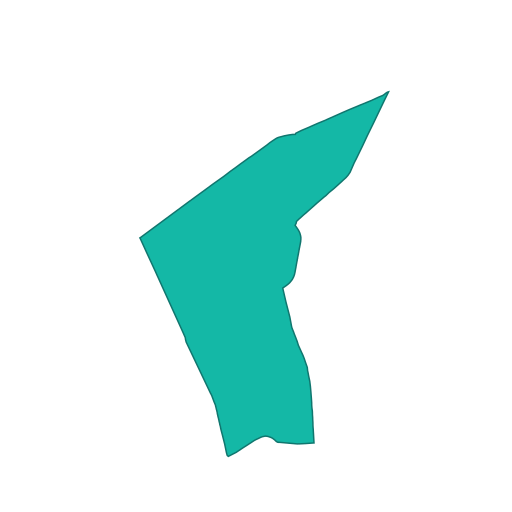 outline of Misr al-Gadida, Al Qahirah, Egypt, rotated 289°
{"feature_id": "37247803B70915432571750", "entity_name": "Misr al-Gadida", "entity_type": "district", "adm_level": 2, "iso_a3": "EGY", "parent_name": "Egypt", "parent_adm1": "Al Qahirah", "projection": "mercator", "projection_center": [31.323, 30.091], "detail": "fine", "context": "isolated", "style": "filled", "palette": "teal", "viewbox_px": 512, "rotation_deg": 289, "n_neighbors": 0, "source": "geoboundaries", "source_scale": "gbopen_adm2", "svg_char_len": 5570}
<svg xmlns="http://www.w3.org/2000/svg" viewBox="0 0 512 512"><g transform="rotate(289 256 256)"><path d="M234.6,141.1L226.6,148.7L225.1,150.1L210.2,164.4L208.0,166.5L205.2,169.1L204.9,169.4L204.7,169.6L159.4,212.4L155.7,215.8L154.5,216.3L153.9,216.7L153.4,217.0L151.9,218.0L111.5,257.6L111.2,257.9L111.0,258.2L109.5,259.7L104.5,263.8L101.8,266.2L101.4,266.4L101.1,266.6L100.8,266.8L100.7,266.8L100.4,267.0L99.9,267.4L99.6,267.6L99.2,267.8L98.8,268.1L98.2,268.4L97.7,268.8L97.1,269.2L96.6,269.5L96.0,269.9L95.5,270.2L95.3,270.3L94.9,270.5L94.3,270.8L93.8,271.1L93.3,271.5L92.7,271.8L92.2,272.1L91.9,272.3L91.5,272.5L91.4,272.6L91.2,272.8L90.8,273.0L90.4,273.3L89.9,273.6L89.5,273.8L89.1,274.1L88.6,274.4L88.3,274.6L88.1,274.7L88.0,274.8L87.7,274.9L87.4,275.1L87.2,275.2L86.7,275.6L86.2,275.9L85.7,276.2L85.1,276.5L84.8,276.7L84.5,276.9L84.2,277.1L83.8,277.4L83.5,277.6L83.2,277.8L82.7,278.1L82.3,278.3L82.1,278.4L81.6,278.7L81.2,278.9L81.1,279.1L80.6,279.3L76.1,282.3L68.0,287.6L60.4,292.1L58.2,293.6L58.0,293.9L57.8,294.2L57.8,294.5L57.8,294.9L57.6,295.1L59.0,296.5L60.7,298.1L63.9,301.2L69.6,305.5L77.7,311.9L81.1,314.5L81.6,315.0L82.2,315.5L84.1,317.5L86.0,319.4L86.3,319.7L86.6,320.1L86.9,320.5L87.2,320.8L87.5,321.3L87.7,321.7L88.4,322.8L88.6,323.2L88.7,323.5L88.9,323.8L88.9,324.2L89.0,324.5L89.1,324.9L89.2,325.3L89.2,325.7L89.3,326.2L89.3,326.6L89.3,327.1L89.3,327.5L89.3,328.1L89.3,328.6L89.3,329.0L89.3,329.4L89.2,329.7L89.2,330.1L89.0,331.1L88.8,331.8L88.6,332.3L88.4,333.0L88.3,333.3L88.1,333.8L87.7,334.5L87.5,335.1L87.3,335.4L87.2,335.8L87.1,336.1L87.1,336.5L87.0,336.8L87.0,337.2L87.1,337.5L87.1,337.9L87.3,338.2L91.8,356.3L92.0,356.7L92.1,357.1L92.3,357.5L92.4,357.9L94.8,363.9L97.5,370.2L97.8,370.9L97.9,371.2L98.1,371.7L106.7,368.2L108.6,367.4L110.6,366.6L112.6,365.7L114.6,364.9L117.1,364.0L119.5,363.0L121.9,362.1L124.2,361.1L126.1,360.4L127.9,359.7L129.6,358.8L131.3,358.0L133.2,357.2L135.2,356.5L137.1,355.7L139.0,354.9L139.7,354.6L140.4,354.3L142.2,353.5L145.0,352.3L150.4,349.9L155.1,347.6L159.6,344.9L162.6,343.2L164.4,342.1L165.1,341.8L165.5,341.6L167.3,340.8L171.7,337.3L174.6,335.1L177.3,332.8L180.1,330.1L185.4,325.1L188.7,322.7L190.6,321.1L191.7,320.2L192.4,319.6L192.5,319.5L193.0,319.1L194.7,317.6L196.5,316.2L198.2,314.7L200.0,313.2L200.5,312.9L201.1,312.5L209.4,307.8L217.1,302.7L222.4,299.2L234.4,291.7L234.9,292.1L235.2,292.3L235.4,292.5L235.6,292.6L235.9,292.8L236.3,293.1L236.7,293.4L237.0,293.6L237.3,293.8L237.6,294.1L238.0,294.3L238.3,294.5L238.7,294.8L239.0,295.0L239.3,295.2L239.6,295.4L240.0,295.6L240.3,295.8L240.7,296.0L241.0,296.2L241.4,296.4L241.8,296.6L242.1,296.7L242.4,296.8L242.8,297.0L243.2,297.1L243.6,297.3L244.0,297.4L244.4,297.6L244.8,297.7L245.2,297.8L245.6,297.9L246.0,298.0L246.4,298.1L246.8,298.1L247.1,298.2L247.5,298.2L247.9,298.3L248.2,298.3L248.6,298.4L248.9,298.4L249.3,298.4L249.8,298.4L250.2,298.4L250.6,298.4L250.9,298.4L251.3,298.4L251.8,298.3L252.2,298.3L252.7,298.2L253.2,298.2L253.7,298.1L254.2,298.0L254.6,298.0L254.8,297.9L255.2,297.9L255.5,297.8L255.9,297.8L256.3,297.7L256.7,297.6L256.9,297.6L257.2,297.6L257.6,297.5L257.9,297.5L258.1,297.4L258.5,297.4L259.0,297.3L259.4,297.2L259.9,297.1L260.0,297.1L260.4,297.1L260.8,297.0L261.2,296.9L261.5,296.9L262.1,296.8L262.3,296.8L262.7,296.7L263.4,296.6L263.8,296.5L264.2,296.5L264.8,296.4L265.0,296.4L265.4,296.3L265.8,296.2L266.7,296.1L267.1,296.1L267.6,296.0L267.9,295.9L268.5,295.8L268.9,295.8L269.4,295.7L270.0,295.6L270.3,295.6L270.5,295.5L271.2,295.5L271.8,295.4L272.1,295.3L273.0,295.2L273.4,295.1L273.8,295.1L274.6,294.9L275.4,294.8L276.1,294.7L276.3,294.7L276.8,294.6L277.4,294.5L278.0,294.4L278.5,294.4L279.1,294.3L279.5,294.2L280.1,294.1L280.6,294.1L281.1,294.0L281.5,293.9L282.0,293.9L282.5,293.8L282.9,293.7L283.3,293.7L283.7,293.6L283.9,293.6L284.1,293.5L284.4,293.5L285.0,293.3L285.5,293.2L285.9,293.1L286.3,293.0L286.7,292.9L287.1,292.7L287.5,292.6L287.9,292.5L288.2,292.3L288.5,292.2L288.8,292.0L289.1,291.9L289.4,291.7L289.8,291.5L290.1,291.3L290.5,291.0L291.0,290.7L291.5,290.3L291.8,290.1L292.0,289.9L292.3,289.7L292.5,289.5L292.8,289.2L293.0,289.0L293.2,288.8L293.7,288.3L293.9,288.1L294.3,287.6L294.7,287.1L295.1,286.6L295.4,286.2L295.8,285.7L296.1,285.3L296.4,284.8L296.7,284.5L296.9,284.2L297.1,283.9L297.2,283.7L297.3,283.6L297.5,283.3L297.7,283.0L299.2,283.2L300.2,283.3L300.9,283.2L301.0,283.1L301.6,283.0L302.0,283.1L305.3,284.8L305.7,285.0L306.1,285.3L310.0,287.4L311.5,288.3L313.0,289.2L313.2,289.4L313.5,289.5L316.2,291.0L325.5,296.2L334.0,301.2L335.8,302.4L336.4,302.7L337.0,303.0L337.6,303.3L338.2,303.6L338.8,303.9L339.8,304.4L345.1,307.7L354.3,312.8L356.1,313.7L359.3,315.5L362.2,316.7L365.8,317.7L376.0,318.5L379.5,319.0L379.9,319.1L380.0,319.1L394.9,320.9L406.2,322.1L420.6,323.9L433.6,325.4L444.8,326.7L453.5,327.8L454.4,327.9L454.2,327.6L453.6,326.8L452.3,325.8L451.9,325.5L451.4,325.2L451.2,325.1L450.9,324.9L450.4,324.6L450.0,324.3L449.5,323.9L448.9,323.4L446.3,320.4L440.2,314.0L433.3,306.1L429.8,302.2L425.3,297.1L419.9,291.2L415.5,286.5L410.1,280.7L405.9,276.2L401.7,271.4L398.1,267.5L394.8,264.0L389.6,258.2L387.5,256.1L386.2,254.8L384.9,253.6L384.4,253.6L383.8,253.6L382.8,250.9L381.0,247.4L378.8,243.6L377.3,241.4L375.8,239.1L374.6,237.6L373.1,236.3L370.1,234.0L367.8,232.3L364.5,230.2L361.2,227.9L354.8,223.4L350.4,220.3L348.7,219.1L348.1,218.6L347.6,218.2L346.8,217.5L343.2,215.0L337.8,211.2L332.8,207.8L328.2,204.5L325.0,202.4L320.9,199.7L309.6,191.6L303.9,187.7L286.0,175.2L235.9,140.8L235.5,140.4L235.3,140.3L235.1,140.6L234.6,141.1Z" fill="#14b8a6" stroke="#0f766e" stroke-width="1.5"/></g></svg>